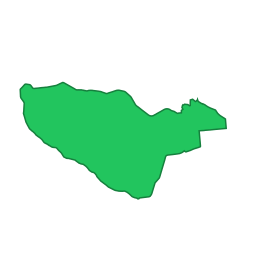 the district of Haarlemmermeer, Noord-Holland, Netherlands, rotated 73°
{"feature_id": "6326949B97819203783200", "entity_name": "Haarlemmermeer", "entity_type": "district", "adm_level": 2, "iso_a3": "NLD", "parent_name": "Netherlands", "parent_adm1": "Noord-Holland", "projection": "mercator", "projection_center": [4.677, 52.324], "detail": "fine", "context": "isolated", "style": "filled", "palette": "green", "viewbox_px": 256, "rotation_deg": 73, "n_neighbors": 0, "source": "geoboundaries", "source_scale": "gbopen_adm2", "svg_char_len": 5465}
<svg xmlns="http://www.w3.org/2000/svg" viewBox="0 0 256 256"><g transform="rotate(73 128 128)"><path d="M194.8,144.1L195.2,143.7L195.7,143.1L196.7,141.8L196.9,141.4L197.6,140.1L197.9,139.8L198.2,139.7L198.5,139.5L198.6,139.3L198.7,139.0L198.8,138.8L198.8,138.6L198.8,138.4L198.8,138.2L198.4,137.8L198.3,137.4L198.3,137.2L199.8,128.6L199.9,128.1L199.9,127.8L199.8,127.1L199.7,126.7L199.3,126.3L199.1,125.9L198.8,125.5L198.4,125.1L197.9,124.6L188.7,118.4L188.4,118.2L188.2,117.9L185.2,113.1L185.1,112.9L184.6,112.4L183.3,111.5L174.5,105.7L169.4,102.3L166.8,100.7L166.4,100.4L166.2,100.2L165.9,99.9L165.7,99.5L165.6,99.3L165.5,98.9L165.5,98.3L165.5,97.9L166.4,93.1L167.2,88.4L167.4,86.9L167.5,86.3L167.5,85.8L167.4,84.9L167.4,84.2L167.2,83.3L166.9,82.3L166.6,81.6L166.3,80.9L166.8,80.7L167.8,79.6L167.7,75.8L167.7,75.1L167.4,72.7L167.3,72.2L167.2,70.6L167.2,69.4L167.2,66.7L167.2,66.2L167.1,65.2L167.1,64.4L166.9,64.2L166.7,64.1L166.1,64.0L166.1,63.9L151.5,60.8L152.2,57.5L152.3,57.4L152.7,55.4L152.7,55.0L153.8,50.2L154.7,45.6L154.8,45.1L156.2,38.5L157.1,34.2L148.3,32.3L147.9,32.2L142.9,36.4L142.6,36.6L141.8,37.1L141.1,37.5L140.5,37.8L140.2,38.0L136.4,39.1L133.0,43.4L131.6,44.9L130.9,45.6L130.3,46.1L129.6,46.7L129.1,47.1L128.5,47.5L128.1,47.9L126.8,49.3L126.8,49.7L126.7,49.7L126.5,49.8L126.0,50.6L123.6,52.7L123.0,53.0L122.6,53.2L122.4,53.2L122.2,53.2L121.1,53.2L121.4,53.4L121.5,53.6L121.8,54.1L122.0,54.5L122.3,55.2L122.4,55.5L122.4,55.8L119.4,57.8L119.4,60.2L122.4,61.2L124.7,61.9L124.7,62.7L123.1,63.9L121.8,67.0L122.5,69.3L122.4,69.3L122.5,69.4L124.2,70.4L126.1,70.0L126.8,71.8L129.1,72.5L128.5,75.5L128.6,75.9L128.6,76.1L128.4,76.4L128.3,76.6L128.1,76.8L127.4,77.5L125.9,78.8L125.6,79.1L125.3,79.5L124.9,80.2L124.3,81.0L124.1,81.3L124.0,81.5L123.6,81.8L122.9,82.4L122.7,82.5L122.2,83.0L121.8,83.6L121.5,84.0L121.2,84.7L121.1,85.1L120.9,85.6L120.9,85.9L120.8,86.2L120.8,86.6L120.8,87.4L120.9,88.1L121.7,91.5L122.8,96.7L123.1,97.7L123.3,99.1L123.4,99.4L123.5,99.8L123.6,100.5L123.5,101.3L123.5,101.5L123.4,101.9L123.3,102.2L123.2,102.5L123.0,102.9L122.8,103.2L122.6,103.6L122.4,103.9L122.0,104.2L121.6,104.6L116.0,108.6L114.9,109.4L110.7,112.3L110.4,112.6L109.0,113.6L108.5,113.8L108.1,114.0L107.8,114.1L105.5,114.6L103.0,115.2L100.3,115.8L99.5,116.0L99.2,116.1L98.5,116.4L93.6,119.4L93.1,119.7L92.6,120.1L92.2,120.5L91.8,121.0L91.5,121.5L89.9,124.4L89.4,125.2L89.2,125.8L89.0,126.2L88.9,126.8L88.8,127.3L88.7,127.7L88.7,128.3L88.7,129.6L88.8,133.0L88.8,133.4L88.8,134.2L88.8,136.1L88.9,137.6L88.9,137.9L88.8,138.1L88.8,138.3L88.7,138.6L88.6,138.9L88.3,139.3L88.0,139.6L86.3,142.0L85.5,143.0L85.2,143.5L85.0,143.8L84.7,144.4L84.3,145.2L84.2,145.4L81.8,150.8L81.5,151.3L81.3,152.0L81.1,152.5L80.9,153.2L80.9,153.3L80.7,154.1L80.6,154.4L80.6,154.7L80.6,156.1L80.6,156.3L80.5,156.6L80.4,156.8L79.2,159.0L79.3,159.0L79.2,159.2L78.1,161.1L77.9,161.5L77.8,161.9L77.2,163.9L77.0,164.3L76.7,165.6L76.5,165.9L76.4,166.2L76.2,166.5L74.1,168.4L66.0,176.1L65.9,176.3L65.7,176.6L65.5,176.8L65.5,177.0L65.4,177.2L65.4,177.5L65.5,178.1L65.7,179.6L65.8,180.5L65.9,180.9L66.3,183.8L66.3,184.1L66.3,184.3L65.3,193.5L65.1,194.4L65.0,194.7L65.0,194.9L64.9,195.1L64.8,195.7L64.7,196.4L64.2,198.6L63.6,202.1L63.4,203.1L63.2,204.0L63.0,204.9L62.8,206.1L62.7,206.3L62.6,206.5L62.5,206.8L62.3,207.1L62.2,207.2L62.0,207.4L61.9,207.4L61.6,207.6L60.5,207.9L59.7,208.2L58.9,208.5L58.7,208.6L58.4,208.8L58.2,208.9L58.1,209.1L57.8,209.4L57.0,211.0L56.3,212.5L56.2,212.7L56.1,213.1L56.1,213.4L56.1,213.7L56.2,213.8L56.2,214.0L56.3,214.2L57.8,216.7L59.3,219.4L59.4,219.6L59.5,219.7L59.7,219.8L60.4,220.0L66.7,221.6L67.4,221.6L67.6,221.6L68.0,221.6L68.4,221.5L68.6,221.4L71.6,220.4L72.7,220.1L73.0,220.0L73.6,220.0L73.8,220.0L74.2,220.1L81.3,222.7L83.5,223.7L83.8,223.7L84.1,223.7L86.2,223.7L92.5,223.8L93.1,223.7L94.2,223.5L96.5,223.1L97.6,222.8L97.9,222.8L98.2,222.7L99.3,222.5L99.9,222.4L100.2,222.2L101.0,221.7L102.6,220.8L103.2,220.3L103.5,220.1L104.9,219.2L105.0,219.2L105.5,218.9L105.8,218.7L106.3,218.5L107.0,218.3L107.6,218.1L109.3,216.9L110.0,216.4L110.3,216.2L111.3,215.3L111.6,215.1L113.5,213.9L114.0,213.6L114.4,213.5L117.0,212.6L117.6,212.3L118.0,211.9L119.0,210.9L119.2,210.6L119.4,210.5L119.5,210.3L119.9,209.9L120.3,209.6L120.2,209.6L123.5,206.8L124.0,206.3L124.3,205.8L124.6,205.3L125.6,202.9L125.7,202.7L125.9,202.5L126.0,202.4L126.2,202.2L126.5,202.0L127.0,201.8L128.9,201.0L130.0,200.4L131.1,199.7L131.8,199.4L132.2,199.1L133.7,198.7L136.3,198.0L136.8,197.9L137.0,197.7L138.8,195.8L138.9,195.7L139.2,195.2L139.4,194.6L139.5,194.2L139.8,193.6L143.0,188.3L143.2,188.0L143.7,187.7L144.6,187.1L145.1,186.7L145.4,186.5L145.8,186.2L146.1,185.9L147.0,185.3L147.3,185.1L147.5,184.8L147.9,184.2L148.0,184.1L148.6,183.4L148.7,183.2L148.9,182.8L149.2,182.3L149.4,181.8L149.6,181.5L149.9,181.2L150.0,181.1L150.6,180.7L150.8,180.6L151.0,180.4L151.4,180.1L151.7,179.8L151.9,179.7L152.1,179.5L152.5,179.3L153.1,179.0L153.8,178.6L155.3,178.0L156.8,177.5L157.0,177.4L157.3,177.3L158.9,176.0L159.6,175.4L160.0,174.7L160.4,174.1L160.5,173.9L160.8,173.6L161.1,173.3L162.0,172.8L162.3,172.7L163.0,172.4L163.5,172.2L163.9,172.1L165.4,171.9L166.0,171.7L167.5,171.0L170.4,169.7L171.0,169.4L171.5,169.0L175.3,166.2L176.1,165.6L178.4,164.2L178.8,163.9L179.0,163.7L183.4,159.1L183.7,158.7L184.1,158.2L184.2,157.9L185.6,155.3L185.7,155.1L186.8,152.0L187.0,151.0L187.3,149.7L189.0,147.8L190.3,146.8L191.6,145.9L194.7,144.2L194.8,144.1Z" fill="#22c55e" stroke="#15803d" stroke-width="1.5"/></g></svg>